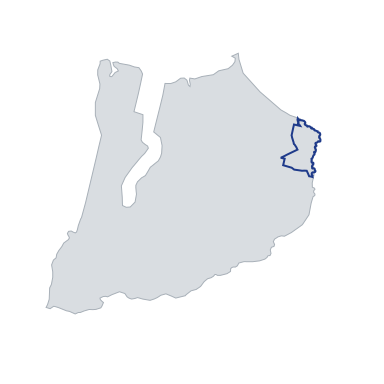 Dagana, Saint-Louis, Senegal shown in context, rotated 103°
{"feature_id": "50182788B94177495754038", "entity_name": "Dagana", "entity_type": "district", "adm_level": 2, "iso_a3": "SEN", "parent_name": "Senegal", "parent_adm1": "Saint-Louis", "projection": "natural_earth1", "projection_center": [-16.074, 16.26], "detail": "fine", "context": "in_parent", "style": "outline", "palette": "blue", "viewbox_px": 384, "rotation_deg": 103, "n_neighbors": 0, "source": "geoboundaries", "source_scale": "gbopen_adm2", "svg_char_len": 7244}
<svg xmlns="http://www.w3.org/2000/svg" viewBox="0 0 384 384"><g transform="rotate(103 192 192)"><path d="M294.5,175.1L299.0,184.0L298.1,188.3L297.1,194.5L299.6,199.1L302.6,202.0L304.7,204.7L307.0,208.5L307.4,215.9L307.1,221.3L308.6,223.7L309.9,226.8L309.6,229.4L308.8,231.6L306.0,234.6L305.5,240.2L310.1,247.0L313.1,250.6L313.1,252.8L313.9,255.1L316.1,257.8L317.5,257.1L318.9,254.9L319.6,253.4L323.5,254.1L325.4,254.8L328.0,259.2L328.9,262.1L329.6,265.8L332.2,270.4L334.5,273.7L335.0,275.7L337.1,278.4L335.9,284.5L336.0,287.6L334.7,295.8L334.4,299.7L334.5,301.1L337.6,304.0L337.3,308.2L334.1,307.4L328.6,307.0L317.5,309.1L313.7,308.2L306.4,308.5L301.2,309.7L294.6,312.4L289.5,311.7L286.7,309.6L283.1,309.8L279.0,308.6L274.6,306.6L270.6,305.5L266.3,301.8L264.3,301.1L262.9,302.1L261.7,303.3L260.4,304.1L258.1,303.4L257.2,300.9L257.9,298.4L258.1,296.5L257.0,295.5L254.4,295.2L250.2,295.2L243.3,294.4L241.8,293.9L226.4,293.3L210.5,293.2L197.1,293.1L180.1,293.0L168.1,293.0L157.0,292.9L148.4,298.0L139.1,303.4L126.5,306.3L112.1,305.2L107.5,306.0L102.7,308.4L99.2,310.2L94.2,311.3L87.8,310.4L85.2,310.9L83.6,308.4L81.7,304.4L82.9,301.5L86.8,299.6L92.7,297.1L95.8,298.4L97.6,298.4L97.9,296.8L97.4,296.0L92.9,293.8L90.6,291.0L88.7,292.6L87.1,296.1L85.7,297.2L83.7,298.2L82.6,295.8L82.1,293.5L83.0,291.7L82.5,281.7L83.1,276.3L82.8,271.7L85.6,268.6L88.2,266.7L98.5,266.5L108.1,266.4L117.4,266.5L126.8,266.6L127.7,257.2L130.7,256.5L135.1,255.5L143.4,254.4L152.7,253.3L154.7,251.5L156.2,248.4L157.2,245.6L159.1,244.4L161.7,245.4L165.1,246.8L168.6,249.1L172.6,251.2L175.3,252.5L181.7,255.8L192.8,260.4L201.9,262.2L212.8,258.8L220.8,256.7L221.7,252.7L220.5,248.8L214.6,245.2L206.6,245.6L204.1,246.5L200.4,247.7L198.1,248.2L194.3,247.4L189.5,244.3L186.5,241.1L182.3,239.7L177.3,238.2L169.2,231.8L165.0,230.6L161.1,230.3L153.5,231.6L146.0,235.0L142.1,242.8L134.7,242.7L118.8,242.4L104.3,242.2L92.3,242.7L91.1,237.1L88.3,232.6L83.7,228.7L82.7,225.2L84.2,222.1L88.7,219.5L89.7,217.7L87.4,217.9L83.8,219.6L81.5,219.7L81.2,214.7L77.3,208.4L72.9,197.6L67.9,193.2L63.7,184.5L59.4,181.1L55.4,179.5L51.9,179.9L50.7,183.8L46.4,178.1L52.2,176.1L64.7,168.9L79.1,148.3L92.0,123.9L93.7,118.2L95.2,113.8L96.3,103.8L98.1,97.9L99.8,96.8L102.0,92.2L104.7,84.2L107.6,79.8L111.0,78.9L113.6,79.3L115.4,80.9L120.8,82.0L129.8,82.3L136.8,81.2L141.7,78.4L148.1,77.0L156.1,76.9L160.3,75.8L160.7,73.5L161.7,72.8L163.4,73.7L165.0,73.4L166.4,71.7L167.9,71.6L169.3,73.0L176.0,73.4L187.9,72.9L199.0,77.1L209.1,86.0L214.3,92.0L214.6,95.0L216.3,98.0L219.4,101.0L222.1,101.6L224.6,99.7L226.6,99.9L228.0,102.2L230.9,102.7L234.1,101.2L236.4,101.7L236.8,103.1L237.3,103.8L238.9,104.2L241.0,105.9L243.9,110.7L246.3,117.3L248.2,125.8L250.7,130.4L253.7,131.2L255.4,132.9L255.8,134.9L256.7,136.3L258.1,137.1L260.7,136.6L263.7,139.5L266.9,145.7L267.5,148.5L267.0,150.0L267.2,151.1L269.3,152.2L271.3,154.2L273.0,157.3L276.6,160.0L282.1,162.4L286.0,166.0L288.5,170.7L293.5,174.7L294.5,175.1Z" fill="#d9dde1" stroke="#a8b0b8" stroke-width="1"/><path d="M150.3,78.1L150.1,78.2L149.8,78.3L149.4,78.2L149.1,78.2L148.9,78.2L148.5,78.7L148.3,79.0L147.7,79.4L147.3,79.5L147.2,79.5L146.8,79.5L146.6,79.5L146.5,79.4L146.4,79.3L146.0,79.2L145.9,79.1L145.8,78.9L145.7,78.8L145.6,78.6L145.6,78.1L145.5,77.8L145.4,77.4L145.0,76.9L144.9,76.7L144.6,76.5L144.4,76.4L144.2,76.4L143.9,76.4L143.8,76.5L143.7,76.5L143.3,77.1L142.2,77.5L141.9,77.7L141.7,77.9L141.7,78.0L141.5,78.5L141.5,79.0L141.7,79.3L142.0,79.7L142.0,79.9L142.0,80.0L141.9,80.2L141.7,80.3L141.2,80.4L141.1,80.5L140.7,80.6L140.4,80.7L140.3,80.8L140.2,80.8L139.9,80.9L139.7,80.9L139.4,80.8L139.0,80.8L138.8,80.7L138.4,80.4L138.2,80.3L138.0,80.2L137.9,80.0L137.7,80.0L137.3,80.1L136.8,80.1L136.5,80.2L136.3,80.4L136.2,80.5L136.2,80.8L136.3,80.9L136.5,81.4L136.5,81.6L136.4,81.7L136.4,81.8L136.3,82.0L136.0,82.2L135.9,82.3L135.6,82.4L135.1,82.5L134.5,82.6L133.7,82.7L133.4,82.7L133.2,82.9L133.1,83.0L132.9,83.1L132.7,83.0L132.2,82.6L131.9,82.4L131.5,82.2L131.3,82.1L130.6,82.1L130.0,82.1L129.7,82.0L129.2,81.8L128.9,81.8L128.4,81.4L128.0,81.2L127.9,81.1L127.5,81.1L127.3,81.2L126.9,81.3L126.7,81.3L125.9,82.0L125.6,82.0L125.5,81.8L125.5,81.3L125.4,81.0L125.4,80.9L125.2,80.9L124.8,80.7L124.4,80.7L124.0,80.6L123.3,80.8L123.0,80.8L122.9,80.8L122.5,81.2L122.2,81.3L121.9,81.5L121.7,81.8L121.4,82.1L121.0,82.3L120.8,82.4L120.6,82.4L120.3,82.4L120.2,82.3L120.2,82.1L119.8,81.8L119.8,81.7L119.6,81.7L119.3,81.4L119.2,81.5L119.1,81.3L118.9,81.3L118.8,81.2L118.6,81.3L118.1,81.8L117.6,82.3L117.4,82.5L117.2,82.6L116.9,82.7L116.7,82.7L116.4,82.6L116.2,82.4L116.0,81.9L115.7,81.6L115.5,81.3L115.3,81.0L115.1,80.8L114.9,80.7L114.5,80.5L114.3,80.3L114.2,80.3L114.2,80.2L114.1,79.9L114.2,79.6L114.3,79.6L114.3,79.4L114.2,79.3L114.2,78.9L113.8,78.4L113.7,78.4L113.2,78.4L112.7,78.5L112.2,78.6L111.7,78.8L111.5,79.0L111.2,79.4L111.1,79.6L110.9,79.9L110.7,80.1L110.3,80.1L110.2,80.2L110.1,80.4L110.0,80.5L109.9,80.5L109.5,80.5L109.3,80.6L109.1,80.6L108.8,80.6L108.5,80.5L108.1,80.2L107.4,79.9L107.2,80.0L106.9,80.1L106.7,80.1L106.3,80.3L106.0,80.5L105.8,80.7L105.7,80.8L105.5,81.2L105.5,81.3L105.5,81.6L105.6,82.2L105.6,82.4L105.5,82.6L105.4,82.8L105.3,83.0L105.1,83.0L104.8,83.2L104.7,83.2L104.7,83.4L104.6,83.6L104.5,84.0L104.4,85.0L104.4,85.4L104.4,85.9L104.4,86.2L104.4,86.4L104.3,86.5L104.2,86.7L103.7,86.7L103.6,86.8L103.5,87.0L103.3,87.2L103.2,87.6L103.2,88.0L103.2,88.6L103.3,89.2L103.3,89.6L103.3,89.9L103.2,90.1L103.0,90.3L102.9,90.4L102.8,90.6L102.5,90.8L102.4,90.7L102.4,90.8L102.2,90.9L102.2,91.0L102.0,91.3L101.9,91.4L101.8,91.6L101.7,91.8L101.7,92.0L101.6,92.3L101.6,92.7L101.6,92.9L101.7,93.0L101.8,93.2L101.9,93.3L102.0,93.5L102.3,94.1L102.2,94.3L102.2,94.5L101.7,94.8L101.7,95.0L101.5,95.3L101.5,95.5L101.4,96.1L101.3,96.4L101.2,96.6L100.9,97.1L100.6,97.4L100.4,97.5L100.2,97.5L99.9,97.5L99.8,97.4L99.7,97.3L99.6,97.2L99.4,97.2L99.2,97.2L99.0,97.3L98.9,97.3L98.7,97.3L98.6,97.5L98.4,97.6L98.2,97.8L98.0,98.0L97.9,98.3L97.8,98.5L97.7,98.6L97.7,98.8L97.5,99.0L97.5,99.3L97.5,99.5L97.5,99.8L97.4,100.1L97.5,100.2L97.5,100.4L97.6,100.7L97.6,100.8L97.5,101.0L97.5,101.6L97.6,101.8L97.5,102.4L97.5,102.5L97.4,102.7L97.5,102.8L97.7,103.0L97.8,103.0L98.0,103.1L98.1,103.3L98.1,103.5L97.9,103.6L97.7,103.8L97.5,104.0L97.4,104.2L97.3,104.5L97.2,104.6L96.9,104.8L96.8,105.0L96.6,105.4L96.5,105.5L97.0,105.5L97.3,105.5L97.7,105.5L97.8,105.4L98.0,105.1L98.3,105.0L98.6,105.1L98.8,104.9L99.0,104.8L99.3,104.8L99.5,104.7L99.7,104.4L100.2,104.0L100.4,103.8L100.6,103.8L101.0,103.8L101.3,103.6L101.5,103.4L101.8,103.4L101.8,103.6L101.7,103.7L101.8,103.9L101.7,104.2L101.9,104.2L102.0,104.2L102.3,103.8L102.4,103.6L102.5,103.2L102.6,102.5L102.6,102.1L102.8,101.9L103.3,101.4L103.3,102.5L103.3,105.7L103.3,107.0L103.3,107.8L103.7,107.8L105.3,107.8L106.8,107.8L114.5,107.7L114.9,107.4L116.3,106.8L118.9,105.3L119.0,105.2L119.8,104.8L120.7,104.2L121.5,103.9L122.3,103.5L122.7,102.7L124.9,100.4L125.9,99.6L126.8,99.0L127.0,98.8L134.8,108.5L135.5,109.2L136.1,110.0L136.9,110.9L137.7,112.0L138.6,113.1L138.7,113.3L138.7,111.6L138.7,111.1L138.7,110.8L138.7,110.6L138.7,109.2L145.4,109.2L145.9,100.3L147.2,97.5L146.6,90.4L146.6,89.8L146.4,89.1L145.8,86.7L145.5,85.0L147.8,83.2L150.3,81.4L150.2,80.4L150.2,79.2L150.3,78.1Z" fill="none" stroke="#1e3a8a" stroke-width="2"/></g></svg>